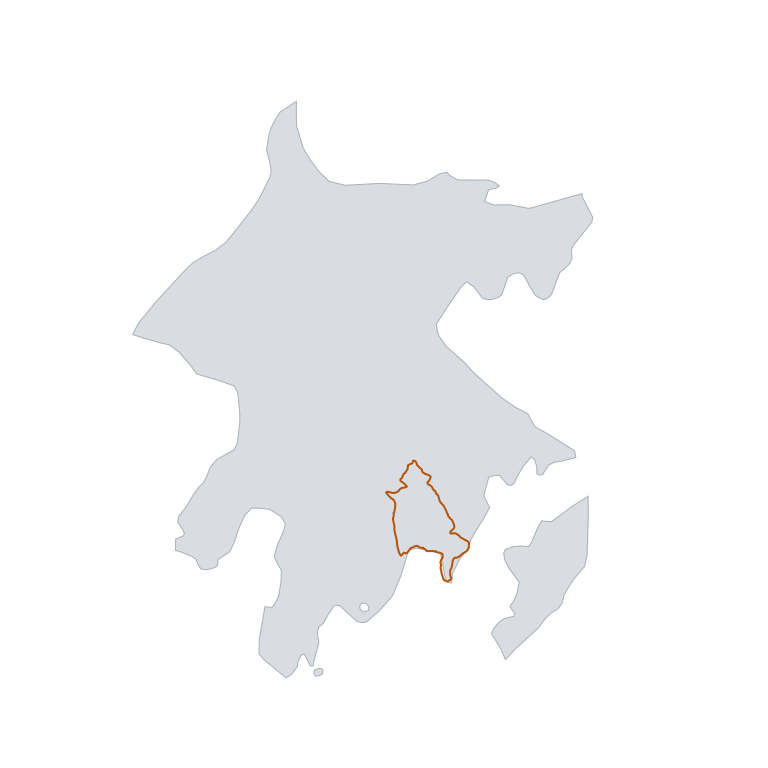 Kalbajar District, Kəlbəcər, Azerbaijan (highlighted), rotated 258°
{"feature_id": "54616110B37358032697149", "entity_name": "Kalbajar District", "entity_type": "district", "adm_level": 2, "iso_a3": "AZE", "parent_name": "Azerbaijan", "parent_adm1": "Kəlbəcər", "projection": "albers", "projection_center": [46.209, 40.052], "detail": "fine", "context": "in_parent", "style": "outline", "palette": "amber", "viewbox_px": 768, "rotation_deg": 258, "n_neighbors": 0, "source": "geoboundaries", "source_scale": "gbopen_adm2", "svg_char_len": 7017}
<svg xmlns="http://www.w3.org/2000/svg" viewBox="0 0 768 768"><g transform="rotate(258 384 384)"><path d="M529.1,617.0L526.0,616.8L504.0,622.7L499.4,621.2L479.8,597.5L475.9,595.0L467.7,594.1L462.9,590.2L458.8,583.9L456.5,579.1L436.7,566.4L433.8,561.7L433.3,557.5L436.1,553.7L439.3,550.4L448.7,547.0L459.7,543.9L463.2,541.8L465.0,538.3L464.7,532.7L462.8,527.3L446.7,517.7L444.8,513.4L444.2,508.1L445.0,502.6L447.4,498.3L460.2,492.1L466.9,485.9L462.5,479.2L448.2,464.0L431.4,447.4L420.4,447.4L407.9,452.7L387.8,467.5L376.7,473.9L362.2,484.4L346.3,496.0L333.4,508.2L325.3,518.3L310.7,522.8L303.4,531.3L279.1,556.6L272.2,556.3L271.7,543.8L272.0,533.9L270.5,528.2L262.5,520.4L262.4,517.0L264.5,514.9L270.6,516.2L278.4,515.7L282.1,512.6L273.7,502.3L266.3,495.5L260.0,490.8L258.6,488.0L258.6,486.1L259.9,483.7L270.6,478.0L271.6,472.8L270.9,467.0L253.9,458.4L241.2,461.6L229.9,452.0L222.6,444.5L213.5,436.5L205.4,432.1L197.6,422.0L184.2,411.6L175.6,408.6L175.7,407.0L177.3,405.1L180.9,403.6L205.0,404.1L207.9,402.3L209.4,397.8L212.7,391.3L216.6,381.6L216.3,373.5L192.3,360.3L174.9,348.1L163.0,332.1L154.9,317.4L155.2,312.5L157.6,307.9L176.3,294.7L177.6,291.2L177.2,288.8L170.6,281.9L162.4,274.8L159.8,269.6L154.6,266.9L144.7,266.6L127.4,257.7L123.7,256.8L122.9,255.1L123.8,253.3L136.2,250.0L136.1,247.1L132.4,243.2L125.4,240.3L119.1,233.3L116.9,227.1L139.5,209.1L146.1,205.6L160.7,209.1L190.9,221.3L188.8,228.0L191.9,231.8L198.8,237.0L212.2,242.2L223.5,244.9L229.3,242.7L238.0,240.7L249.3,246.7L259.8,254.3L265.0,257.3L267.8,258.3L275.8,255.7L285.3,245.9L289.0,234.1L290.0,228.4L284.4,220.5L273.0,212.1L260.2,204.6L251.9,198.1L246.7,185.1L241.4,183.6L240.1,181.9L239.2,177.5L239.4,171.3L241.2,166.5L246.4,164.4L251.6,163.7L256.3,159.1L262.1,150.2L264.6,145.3L275.7,148.0L277.2,156.0L279.2,157.7L283.8,156.8L291.4,153.4L297.5,155.9L305.4,165.4L316.3,175.4L322.2,182.1L324.6,186.7L330.1,191.2L338.3,196.4L344.9,204.7L350.9,223.9L356.8,228.4L377.9,235.4L385.3,236.8L406.0,239.1L413.2,237.1L423.5,220.2L432.7,202.8L441.6,199.1L457.4,190.4L466.9,182.3L470.7,173.8L479.3,157.6L484.7,148.5L494.3,156.2L511.3,177.3L535.8,211.8L541.9,221.5L546.1,233.0L549.8,246.9L555.6,259.1L580.6,289.4L591.4,300.5L608.9,314.7L615.1,317.8L623.1,318.4L637.6,317.9L651.3,323.1L658.1,326.9L665.2,332.5L671.7,339.1L678.7,357.0L655.1,352.1L631.6,354.0L618.4,358.5L605.7,364.4L593.6,372.4L586.4,387.4L581.1,421.7L572.6,453.9L573.4,468.7L578.2,482.7L577.9,489.4L573.6,492.4L568.3,498.6L561.8,528.1L558.4,534.1L553.7,537.9L552.3,534.5L552.3,526.8L541.7,520.3L536.4,528.1L533.1,544.3L525.9,561.5L525.6,564.7L529.1,617.0ZM173.3,320.6L174.4,316.1L171.5,314.0L168.4,313.9L165.7,316.1L165.6,321.8L169.3,322.9L173.3,320.6ZM94.3,452.8L90.8,448.0L89.3,445.4L99.8,443.4L117.3,437.3L122.0,440.4L127.0,446.9L129.5,452.4L129.8,462.6L131.9,464.3L140.4,460.9L144.2,465.1L150.7,470.1L162.0,475.1L178.4,467.6L186.6,465.6L193.3,465.8L196.9,468.2L198.1,476.2L196.8,485.9L194.8,491.3L198.3,495.2L211.7,504.6L217.3,509.9L214.5,518.9L224.5,541.1L227.9,549.7L231.8,560.3L211.2,556.1L174.1,547.0L163.9,542.3L154.3,529.9L148.6,523.9L140.2,516.1L133.3,513.2L128.1,507.8L125.2,499.9L120.8,492.7L113.3,484.3L96.5,455.7L94.3,452.8ZM118.8,263.4L116.5,265.0L113.1,263.3L112.1,259.8L112.4,256.2L115.8,255.3L118.6,256.4L119.3,259.8L118.8,263.4Z" fill="#d9dde1" stroke="#a8b0b8" stroke-width="1"/><path d="M255.9,366.7L255.6,366.5L253.7,366.3L253.0,366.0L252.6,365.8L251.2,365.2L250.6,364.9L249.9,364.6L248.0,364.6L247.6,364.6L245.6,364.6L243.4,364.6L242.0,364.5L239.9,363.9L238.6,363.9L237.3,363.8L235.2,363.8L232.9,363.9L230.7,364.0L229.2,364.0L227.5,363.9L225.1,363.5L223.5,363.4L222.4,363.3L220.5,363.4L218.6,363.6L216.8,363.6L215.4,363.8L214.0,364.2L212.6,365.0L213.1,366.1L213.7,367.0L214.4,367.6L214.9,368.4L214.2,369.6L213.8,370.3L214.0,371.6L214.7,372.2L215.7,373.6L217.1,375.0L218.0,376.1L218.1,377.3L218.3,378.5L218.5,379.5L218.9,380.2L218.9,381.3L218.8,382.6L218.3,383.6L217.5,384.2L216.7,384.8L216.1,386.2L215.9,387.2L215.6,388.3L214.4,388.9L213.2,390.4L212.2,390.6L211.3,392.3L211.2,393.2L210.8,395.4L210.6,396.7L210.2,397.5L209.8,399.0L209.6,399.9L208.9,400.2L208.4,401.1L207.8,402.0L207.5,403.1L207.1,404.1L206.3,404.9L205.9,405.6L204.5,405.8L202.8,405.5L201.7,405.1L201.3,404.3L200.3,403.5L200.1,403.4L199.2,402.9L198.1,402.1L196.3,402.1L194.9,402.1L193.5,401.5L192.4,401.1L191.8,401.0L189.3,401.2L188.9,401.0L187.2,401.0L185.7,401.0L183.4,401.3L181.6,401.5L180.2,401.8L179.4,402.2L178.8,403.3L177.9,404.2L177.5,405.0L177.5,405.5L178.5,407.1L178.7,408.6L179.7,409.5L181.3,409.3L183.0,409.0L184.4,409.1L186.2,409.6L187.8,409.9L189.6,411.4L191.1,412.2L192.3,412.9L193.6,413.2L195.8,414.2L197.3,414.7L198.7,415.9L199.3,417.0L199.1,418.2L199.1,419.7L199.5,421.3L200.3,423.2L200.7,423.9L201.3,425.1L202.2,426.8L202.7,428.3L203.1,429.9L203.8,430.7L204.7,431.8L205.9,432.6L207.0,433.2L208.6,433.4L210.1,433.8L211.2,434.0L212.1,433.7L212.3,433.6L213.1,432.8L213.9,431.9L214.7,430.7L215.8,429.5L216.8,428.6L217.9,427.0L218.8,426.4L219.9,426.0L220.7,425.5L221.8,424.2L222.8,423.3L223.3,422.5L223.4,421.2L223.6,419.9L223.7,419.1L224.0,418.2L224.5,417.8L225.5,418.1L226.3,418.9L226.6,419.7L227.1,420.5L227.6,421.3L228.1,422.2L228.8,422.6L229.9,423.1L231.2,423.2L232.2,423.1L233.2,422.9L234.4,422.8L235.3,422.6L236.1,422.4L237.1,422.0L238.0,421.2L238.7,420.8L239.5,420.4L240.2,420.1L240.7,419.7L241.7,419.3L242.7,419.3L243.6,419.3L244.4,418.8L245.2,418.7L246.4,418.6L247.5,418.4L248.0,418.3L248.9,418.0L249.7,417.7L250.5,417.6L251.4,417.4L252.2,417.2L252.8,416.7L253.8,416.2L254.6,415.7L255.5,415.5L256.1,414.8L257.0,414.4L258.3,414.2L259.8,414.0L261.6,413.9L263.3,413.8L264.3,413.4L265.5,412.7L266.0,412.2L267.4,412.1L268.3,411.9L268.8,411.6L269.2,411.2L269.4,411.0L270.1,410.5L271.3,410.0L272.5,409.7L273.6,409.4L274.2,408.9L274.9,408.3L275.6,407.6L276.5,406.6L277.6,405.9L278.5,405.9L279.1,406.6L279.8,407.7L280.3,408.2L281.2,408.9L281.8,409.5L282.8,410.1L283.8,410.3L284.5,409.8L285.3,409.2L286.0,408.1L286.8,407.0L287.4,405.6L288.4,404.9L289.1,403.8L290.3,403.2L291.8,403.3L292.6,403.1L293.7,402.3L294.7,401.5L295.3,401.1L295.7,400.9L297.8,399.5L299.3,399.4L300.3,399.2L301.5,398.9L302.5,398.1L302.8,397.2L302.8,396.6L302.4,396.7L301.8,396.2L300.7,395.2L300.3,394.0L300.2,392.9L299.8,391.5L299.6,390.7L297.8,390.1L297.1,389.8L295.8,389.3L294.8,388.3L293.7,387.3L293.0,386.5L292.1,385.2L291.9,384.4L290.4,383.4L289.7,382.8L288.7,382.5L288.3,382.1L287.7,380.4L286.4,380.0L285.4,380.3L284.4,381.2L283.7,382.0L282.5,383.0L281.6,383.6L280.5,384.2L279.5,384.8L278.9,384.9L278.5,384.4L278.5,382.3L278.5,381.1L278.5,379.6L278.2,378.6L277.7,377.5L277.0,376.6L276.1,375.8L275.7,374.6L275.4,372.9L275.2,371.9L275.6,370.2L275.9,369.0L276.5,368.2L277.2,366.6L277.7,365.6L277.9,364.4L277.2,363.5L276.3,364.3L274.7,364.7L273.5,365.5L272.4,366.3L271.2,366.9L270.3,367.7L269.6,368.7L268.6,369.1L267.5,369.7L266.1,370.0L264.6,370.1L263.2,369.8L262.2,369.6L261.0,369.3L260.0,368.8L259.0,368.3L258.6,368.3L257.5,367.8L256.5,367.4L255.9,366.7Z" fill="none" stroke="#b45309" stroke-width="2"/></g></svg>